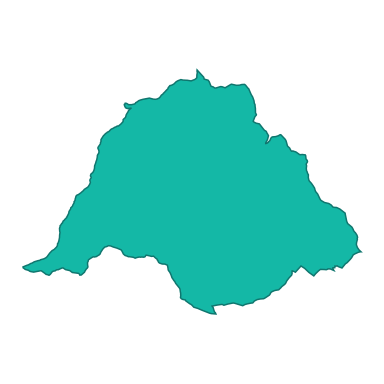 Ciocanesti, Suceava, Romania
{"feature_id": "2599482B33637098668000", "entity_name": "Ciocanesti", "entity_type": "district", "adm_level": 2, "iso_a3": "ROU", "parent_name": "Romania", "parent_adm1": "Suceava", "projection": "albers", "projection_center": [25.216, 47.495], "detail": "fine", "context": "isolated", "style": "filled", "palette": "teal", "viewbox_px": 384, "rotation_deg": 0, "n_neighbors": 0, "source": "geoboundaries", "source_scale": "gbopen_adm2", "svg_char_len": 5934}
<svg xmlns="http://www.w3.org/2000/svg" viewBox="0 0 384 384"><path d="M193.8,307.2L197.8,308.4L202.2,310.3L209.4,313.1L211.2,313.6L215.9,314.0L215.4,312.8L214.5,311.9L213.9,310.3L213.2,307.7L212.1,306.1L216.9,305.1L221.8,304.4L222.8,304.6L223.4,305.1L224.0,305.2L227.6,304.1L233.2,303.0L234.8,303.3L242.7,305.7L243.6,305.3L244.7,304.6L246.7,304.0L251.0,303.1L252.4,303.0L252.9,302.8L254.4,301.0L257.1,299.6L260.1,299.0L263.7,298.7L265.0,298.0L269.4,295.1L270.0,294.3L270.6,293.0L271.1,292.3L271.8,291.8L274.2,290.7L275.7,290.3L278.7,289.8L280.9,287.7L281.7,286.7L284.7,284.3L285.5,283.5L286.8,280.8L289.2,277.7L291.6,275.2L292.1,273.6L292.0,272.5L292.2,270.9L293.4,271.2L295.4,272.2L301.0,266.0L304.7,268.4L308.9,272.4L313.8,275.9L315.6,273.7L318.6,270.8L320.4,269.4L324.2,269.5L326.1,269.7L326.7,269.6L328.1,268.9L330.2,268.9L333.9,270.5L332.8,268.6L332.9,267.8L334.8,267.7L334.9,266.1L335.9,266.2L337.1,265.8L338.3,266.6L342.0,268.0L345.4,263.8L347.2,262.6L350.3,259.3L351.7,257.6L353.2,254.9L354.8,253.9L358.3,252.3L360.3,251.8L361.0,251.8L359.1,250.0L357.5,247.7L356.9,246.2L356.4,244.7L356.5,242.8L357.4,239.2L357.2,238.6L357.2,238.3L357.6,237.3L357.1,235.6L356.8,234.9L355.3,232.6L354.5,231.9L353.6,230.6L353.2,229.5L352.5,228.1L351.8,227.0L347.7,223.6L346.7,221.3L345.3,214.4L345.1,213.1L339.8,209.0L336.6,207.5L333.6,207.3L332.8,206.9L331.2,205.0L328.8,203.5L324.5,202.5L321.0,200.4L320.4,199.6L319.8,198.6L317.7,194.1L315.6,191.5L314.9,189.6L314.6,188.2L313.2,185.9L311.4,183.3L309.3,181.0L308.9,180.2L308.3,177.6L308.4,174.8L307.6,173.4L307.0,171.5L306.5,170.6L306.3,168.3L306.6,165.8L306.2,164.5L306.3,163.8L307.5,161.8L307.4,161.1L307.2,160.4L306.0,158.9L305.7,155.7L305.3,154.9L302.3,154.5L300.2,154.7L299.5,154.5L296.0,152.0L294.2,151.4L293.8,151.4L292.9,150.9L292.0,151.3L291.6,151.2L290.9,150.5L289.6,148.0L287.8,146.4L287.4,145.7L286.4,142.0L285.9,140.5L285.1,139.2L280.9,134.8L280.6,134.7L279.4,135.0L278.8,135.6L275.7,136.6L272.4,136.9L271.8,137.2L271.1,137.9L270.7,138.6L269.9,140.6L268.6,141.7L268.4,142.2L266.7,143.4L265.7,143.5L265.7,142.8L267.4,139.8L268.5,135.7L267.4,133.7L267.1,133.4L266.5,131.9L265.9,131.1L264.7,130.5L263.9,129.7L259.4,123.9L255.9,123.1L253.6,121.8L253.2,121.4L253.3,120.9L254.9,116.7L256.2,115.2L256.4,114.8L256.3,114.4L255.5,112.9L255.4,108.3L255.1,106.4L255.0,104.6L254.3,103.2L254.0,100.8L252.7,97.1L251.1,94.4L248.7,88.8L247.8,88.0L245.6,85.2L244.6,84.4L241.9,84.5L239.3,85.2L236.4,85.3L231.5,84.2L230.9,84.4L225.1,87.8L221.9,86.7L220.5,86.6L215.9,88.0L214.7,88.0L213.2,86.9L211.0,86.2L209.2,81.7L208.1,80.2L204.2,79.1L203.7,77.2L197.1,70.0L197.0,71.1L197.3,72.7L196.9,74.9L196.8,77.7L195.9,78.7L194.8,79.5L191.1,80.9L187.4,80.3L183.1,80.1L180.9,79.6L178.0,80.7L176.2,81.7L174.1,83.8L173.4,84.3L171.6,85.2L170.7,85.5L170.1,85.5L169.8,85.7L168.2,87.7L167.9,88.8L166.6,90.0L164.4,92.4L163.4,93.3L162.6,94.4L161.5,95.0L159.9,97.3L159.3,97.9L157.4,98.9L155.8,99.3L153.6,99.2L149.4,98.1L143.0,99.3L140.5,100.0L138.9,100.6L136.8,102.1L135.7,102.7L135.2,103.6L134.5,104.0L131.4,104.7L128.7,104.7L126.6,103.4L125.2,103.2L125.1,103.4L125.1,103.9L124.3,104.4L124.5,105.6L125.5,107.7L126.6,108.3L127.9,108.6L131.5,108.0L129.7,109.3L128.5,110.7L127.9,112.0L126.3,114.6L125.5,117.4L123.5,119.2L123.1,119.7L123.2,121.1L122.9,121.8L121.0,123.9L118.5,126.0L117.3,126.0L115.7,127.0L114.4,127.4L113.3,128.3L112.3,128.6L110.9,129.4L109.0,131.4L108.4,131.8L107.4,132.1L106.8,132.8L105.5,133.6L104.2,135.1L103.6,135.5L101.1,139.4L100.9,140.1L101.1,141.0L101.0,141.5L100.5,142.5L100.4,143.9L98.4,146.7L97.9,147.8L98.0,148.6L98.6,149.8L98.9,150.9L99.0,151.9L98.9,152.4L98.8,153.0L97.6,154.9L97.3,155.8L97.3,157.0L96.7,159.9L96.1,161.4L95.7,163.0L94.6,165.9L94.5,168.2L93.9,170.5L92.8,172.5L91.0,174.0L90.5,175.4L90.5,176.0L91.1,177.1L91.2,177.5L90.9,178.2L90.1,179.4L89.9,180.3L90.0,181.0L90.4,182.3L90.0,183.6L89.1,185.3L88.1,186.8L87.4,187.4L84.3,189.4L83.4,190.6L81.3,192.4L80.9,192.8L78.2,194.7L77.1,195.0L76.0,196.1L75.6,197.7L75.2,198.9L75.0,200.5L74.3,201.4L74.0,201.9L74.2,202.6L72.8,205.1L72.4,206.3L70.8,207.8L70.6,209.0L69.3,211.0L69.0,211.6L68.7,213.4L67.3,216.1L67.2,216.7L66.6,217.1L66.5,217.8L64.7,219.5L64.2,220.3L63.2,221.0L63.0,221.7L62.6,222.2L62.4,223.0L61.7,223.5L61.3,224.1L61.1,224.6L60.1,225.7L60.1,226.6L59.6,228.0L59.5,228.5L59.7,231.3L60.0,232.5L59.6,235.0L59.5,237.6L58.8,241.1L58.0,243.2L57.5,243.8L57.5,245.0L57.1,246.2L56.4,247.2L54.1,249.5L52.1,250.6L49.7,253.1L47.1,256.7L45.7,257.9L43.7,258.9L40.7,259.7L39.6,260.4L38.2,260.6L34.2,261.8L32.1,263.1L30.9,263.4L28.5,264.8L26.9,265.3L23.0,266.9L23.2,267.9L23.9,268.3L25.2,269.4L28.4,270.3L29.9,271.3L30.8,271.6L33.7,272.1L40.4,270.8L41.3,270.8L44.9,273.4L46.1,274.4L47.3,274.6L48.9,275.2L49.4,275.1L50.4,274.2L52.4,271.6L53.3,271.2L55.3,270.8L56.4,269.9L57.1,269.7L58.0,269.8L61.8,268.1L63.0,267.9L65.5,269.6L69.8,270.6L72.3,272.5L78.3,273.3L79.1,273.8L79.6,274.4L79.8,275.1L81.3,275.0L84.5,272.2L85.2,270.7L86.5,268.8L87.2,268.2L87.7,267.5L87.9,266.7L87.6,264.9L87.5,262.5L88.1,261.5L88.3,260.2L88.7,259.7L89.9,258.8L92.6,257.1L93.5,256.8L94.3,257.0L96.7,256.5L97.3,255.9L98.9,255.1L100.1,254.0L100.8,252.2L102.8,249.1L104.7,247.1L106.9,246.5L108.4,245.7L110.5,245.9L113.2,247.0L116.9,248.1L121.0,249.8L121.8,250.8L123.4,254.0L125.1,255.5L126.8,256.0L128.3,256.7L129.4,256.7L133.5,257.3L134.7,258.0L135.6,258.1L136.3,257.7L139.2,257.0L140.6,257.2L141.6,257.0L143.9,257.2L145.2,256.6L145.9,255.3L146.5,255.2L150.2,256.0L151.4,256.4L153.6,256.2L155.5,258.0L157.1,259.2L157.2,259.9L157.8,260.4L158.2,261.6L158.8,262.5L159.6,263.1L162.2,264.0L164.9,264.1L167.4,265.2L168.0,268.1L168.1,269.3L168.4,270.4L169.9,272.4L171.0,274.8L172.0,277.7L174.0,280.7L174.7,281.4L175.7,283.4L179.5,288.1L180.0,289.2L180.4,292.2L180.7,293.1L180.6,294.1L180.8,295.0L180.5,297.7L181.4,298.8L182.7,299.4L185.4,300.0L185.7,300.8L186.1,301.1L189.8,303.8L190.7,304.2L191.8,305.0L193.8,307.2Z" fill="#14b8a6" stroke="#0f766e" stroke-width="1.5"/></svg>